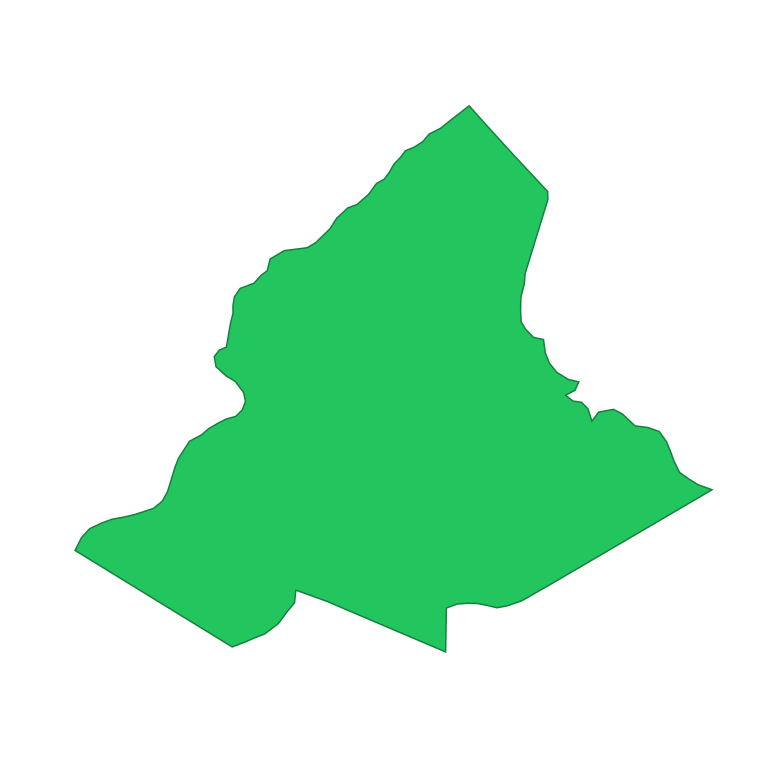 the district of São João do Jaguaribe, Ceará, Brazil, rotated 356°
{"feature_id": "56859067B82663693461417", "entity_name": "São João do Jaguaribe", "entity_type": "district", "adm_level": 2, "iso_a3": "BRA", "parent_name": "Brazil", "parent_adm1": "Ceará", "projection": "orthographic", "projection_center": [-38.275, -5.311], "detail": "fine", "context": "isolated", "style": "filled", "palette": "green", "viewbox_px": 768, "rotation_deg": 356, "n_neighbors": 0, "source": "geoboundaries", "source_scale": "gbopen_adm2", "svg_char_len": 1583}
<svg xmlns="http://www.w3.org/2000/svg" viewBox="0 0 768 768"><g transform="rotate(356 384 384)"><path d="M703.8,512.4L690.2,506.3L681.3,499.9L672.6,492.8L668.0,481.3L665.0,470.9L661.7,461.2L655.3,450.6L644.2,445.8L631.5,443.3L619.7,430.5L611.1,425.3L596.2,427.0L588.8,435.6L585.8,423.1L579.8,416.0L571.2,414.2L564.4,407.9L574.2,403.5L578.5,395.4L568.3,392.4L557.2,384.4L550.5,374.9L547.1,364.3L546.2,350.7L536.5,348.0L529.2,339.5L525.1,331.4L525.4,319.9L526.6,307.1L531.0,293.8L532.5,283.7L560.3,211.6L560.7,203.4L528.7,163.9L501.1,129.0L488.3,112.4L468.8,125.5L458.7,132.6L446.5,137.8L439.7,144.8L430.8,149.8L421.8,152.7L416.2,159.1L409.4,165.2L403.9,173.4L398.5,179.7L390.4,183.5L381.8,193.8L369.5,203.1L360.2,205.8L348.3,215.4L341.1,225.2L332.9,232.2L325.8,238.2L316.9,242.7L293.9,244.0L279.2,251.3L275.4,262.8L268.9,267.1L261.3,274.4L247.2,278.6L240.8,286.7L238.8,295.2L238.3,303.0L235.3,312.0L232.7,322.4L229.4,336.1L222.1,338.7L216.6,344.7L217.6,355.0L226.9,364.8L235.8,371.1L243.4,382.8L244.6,391.7L240.8,400.0L233.7,406.0L224.2,407.9L215.3,411.7L206.0,416.3L198.4,422.0L186.0,427.5L173.8,443.8L169.6,452.7L165.7,462.9L160.7,476.0L154.6,485.5L145.3,492.0L136.1,494.4L125.8,496.9L115.2,498.6L103.3,499.9L93.0,502.9L80.3,507.8L71.5,516.2L64.2,528.5L214.2,635.7L227.4,631.7L236.7,628.4L247.8,624.9L262.1,615.4L271.1,604.8L279.5,596.0L281.7,583.5L313.6,597.6L321.5,601.8L426.8,655.6L430.6,611.8L441.8,608.6L453.2,608.6L462.5,609.6L471.4,612.1L481.2,615.1L491.5,613.9L506.3,609.9L538.9,594.1L654.8,536.7L703.8,512.4Z" fill="#22c55e" stroke="#15803d" stroke-width="1.5"/></g></svg>